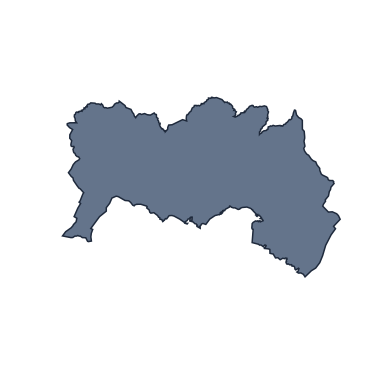 Zapayán, Magdalena, Colombia, rotated 250°
{"feature_id": "7082276B87422252526741", "entity_name": "Zapayán", "entity_type": "district", "adm_level": 2, "iso_a3": "COL", "parent_name": "Colombia", "parent_adm1": "Magdalena", "projection": "mercator", "projection_center": [-74.689, 10.137], "detail": "fine", "context": "isolated", "style": "filled", "palette": "slate", "viewbox_px": 384, "rotation_deg": 250, "n_neighbors": 0, "source": "geoboundaries", "source_scale": "gbopen_adm2", "svg_char_len": 6077}
<svg xmlns="http://www.w3.org/2000/svg" viewBox="0 0 384 384"><g transform="rotate(250 192 192)"><path d="M108.4,314.3L111.3,313.3L115.7,321.9L119.8,321.5L122.1,320.5L125.4,317.1L126.5,313.3L134.0,310.0L135.8,311.6L137.6,314.3L139.0,314.5L141.6,318.9L145.5,321.2L146.8,322.9L149.0,324.2L151.4,328.4L152.6,328.2L153.1,328.7L154.6,328.2L155.8,325.1L157.1,324.2L158.7,324.4L159.8,323.8L163.3,320.4L164.7,319.6L168.7,319.5L170.5,320.1L174.8,318.7L178.0,318.6L180.0,316.5L182.2,315.3L186.6,314.2L188.5,312.7L191.9,311.8L194.7,311.9L196.4,313.8L201.4,314.6L204.0,316.3L205.8,316.9L210.7,318.2L213.2,317.2L221.6,320.2L223.5,319.5L225.5,317.7L228.7,316.6L233.2,317.2L233.7,316.8L233.9,316.3L231.7,314.4L229.0,312.7L228.6,311.7L226.8,310.8L226.2,309.3L226.8,308.2L225.1,305.7L224.6,303.8L223.9,303.2L224.0,301.3L222.9,299.9L223.1,299.1L223.6,299.0L223.9,297.7L224.4,297.6L225.5,292.8L226.9,291.0L226.6,289.5L227.3,288.2L227.0,287.6L227.1,285.9L225.0,284.8L225.1,284.0L224.4,283.1L224.9,280.2L224.3,278.2L223.6,277.5L223.5,276.0L223.0,275.1L225.4,276.0L226.0,277.3L227.6,278.0L227.5,278.9L228.2,279.9L229.1,280.4L230.6,284.7L232.7,285.7L233.6,287.8L234.8,287.9L234.9,288.6L236.3,288.7L236.3,288.3L237.1,289.1L238.5,289.3L241.1,291.3L243.0,290.9L243.6,291.4L246.8,291.2L248.2,289.4L248.4,286.7L249.3,285.1L249.1,282.8L250.1,281.8L250.4,279.6L251.6,278.9L252.3,279.0L252.9,278.1L252.8,275.3L251.5,273.5L251.0,271.7L249.3,269.7L249.8,269.2L249.3,269.0L249.5,268.6L248.7,268.4L249.6,264.9L248.5,264.0L248.6,263.2L247.9,262.2L248.3,261.5L247.7,260.6L247.6,258.2L248.7,257.0L248.7,258.0L249.6,259.4L251.1,259.7L252.2,261.1L253.3,260.3L254.4,260.4L254.5,259.3L255.4,260.1L256.9,258.9L258.7,259.4L261.3,258.4L261.7,257.4L262.2,257.7L262.9,257.3L263.3,256.3L264.5,255.9L264.4,255.1L265.4,253.4L265.2,253.2L268.6,251.8L272.4,247.3L272.9,244.8L273.9,243.6L273.6,243.1L274.3,242.6L273.6,241.7L274.7,239.6L273.4,239.0L273.4,237.4L272.3,236.6L271.9,234.2L270.9,233.4L271.3,232.9L271.2,231.6L271.7,231.6L271.9,231.0L270.9,230.3L270.4,228.5L271.3,227.4L271.3,226.0L271.9,225.7L272.5,223.8L271.4,223.1L270.8,220.9L268.3,218.7L267.8,217.0L266.1,214.6L266.4,213.9L265.5,212.9L263.0,211.7L260.6,211.3L263.2,207.9L262.0,196.3L262.9,193.0L261.0,191.3L259.3,190.6L257.8,187.7L258.6,188.0L259.3,187.1L259.0,186.8L261.5,186.1L261.4,185.4L263.9,184.6L266.4,184.4L266.7,185.3L267.5,185.5L267.6,185.0L268.5,184.4L270.0,184.9L271.5,184.4L272.8,185.2L274.2,184.2L277.0,185.0L277.6,184.0L279.2,183.5L278.5,179.2L279.9,176.4L281.9,174.3L282.2,170.9L283.3,170.0L283.5,168.7L282.0,165.5L281.1,164.5L282.9,163.8L285.4,163.9L287.1,163.3L290.5,162.9L294.0,158.8L296.2,158.6L302.3,154.7L301.3,154.2L301.0,152.8L301.5,151.5L301.0,149.2L299.9,148.0L299.0,146.0L299.7,141.1L300.8,139.9L301.0,138.7L302.0,137.9L304.3,137.8L306.0,137.0L305.2,136.0L306.6,134.6L307.5,132.0L308.6,131.3L310.4,127.3L309.7,125.7L310.1,124.2L309.1,122.7L308.2,122.9L307.8,122.5L308.4,121.4L307.7,120.7L307.8,119.9L307.2,119.7L307.8,119.3L307.0,118.8L306.2,116.8L306.4,116.4L305.9,116.3L306.4,115.9L305.8,115.4L306.3,114.0L305.7,112.8L306.3,112.6L305.9,111.9L306.6,110.9L306.4,110.1L304.9,108.9L304.7,107.9L302.9,107.1L301.1,107.3L298.7,106.7L296.5,107.3L298.8,100.9L298.9,98.2L297.7,97.6L294.3,99.0L291.5,101.2L287.6,96.8L284.3,95.5L281.4,96.5L278.2,94.5L276.7,94.1L275.6,94.9L275.3,96.5L274.3,96.6L272.9,94.8L270.3,94.4L269.2,94.5L268.5,95.2L266.3,95.3L264.6,96.2L263.7,97.5L261.7,97.9L260.9,96.8L260.1,92.8L258.4,89.8L255.0,86.4L252.4,82.5L248.0,83.8L245.9,85.0L243.4,84.6L237.1,86.2L234.2,87.1L233.3,88.0L228.3,90.0L227.5,88.8L221.9,83.8L221.1,82.4L219.3,83.4L215.9,79.2L209.2,72.8L206.7,74.8L203.6,72.9L201.9,69.4L201.1,68.7L199.7,66.2L197.9,59.7L195.0,55.3L190.5,62.7L190.0,64.4L190.6,66.8L190.0,68.7L190.2,69.8L189.1,70.9L188.7,72.0L186.7,73.3L185.3,76.5L181.4,77.0L180.8,77.7L180.3,80.7L184.4,81.6L187.7,83.3L190.8,85.9L192.3,84.4L200.5,96.7L203.3,104.9L206.6,106.1L209.5,110.7L213.7,114.7L214.0,119.3L212.9,121.1L206.9,126.2L205.4,129.5L203.2,130.8L199.9,131.8L198.8,132.9L199.3,133.5L199.4,135.7L198.0,139.7L194.2,144.6L193.4,144.8L192.5,144.0L189.8,145.6L187.4,145.4L186.2,146.1L185.6,149.1L181.7,151.6L179.7,152.0L179.0,152.9L177.3,152.6L176.5,154.1L174.2,154.4L174.4,155.1L175.2,155.0L174.9,156.4L176.1,157.9L175.4,159.0L177.6,162.4L176.8,165.1L175.5,166.9L170.7,171.2L166.1,174.4L165.3,174.4L163.6,176.5L164.0,177.1L164.3,176.1L166.3,174.9L166.8,177.6L168.0,179.2L167.5,180.8L168.4,181.3L168.0,181.8L168.8,182.5L168.3,183.6L165.2,182.2L165.1,181.8L165.9,181.9L165.9,181.1L166.7,180.7L165.5,180.0L163.6,182.7L161.2,183.9L160.6,185.0L158.9,185.6L158.6,184.9L157.9,184.9L155.1,187.3L156.0,187.6L156.3,186.9L157.0,187.2L157.5,188.8L158.6,189.9L158.7,191.5L156.8,193.9L160.5,199.5L162.0,205.6L161.3,212.0L162.4,214.3L161.5,210.8L163.0,211.6L163.4,214.5L162.4,214.6L164.0,214.6L163.9,215.8L163.3,216.3L164.4,217.7L165.0,221.9L165.9,222.5L165.4,223.3L164.3,223.7L162.9,225.5L162.4,227.0L159.8,229.4L159.6,231.1L160.1,231.6L160.3,233.7L159.1,238.4L156.8,241.2L155.7,242.1L155.1,242.1L154.6,242.9L153.8,242.8L148.8,245.0L148.7,244.1L147.3,244.4L146.8,244.8L147.2,245.5L147.5,245.1L148.0,245.5L148.3,245.0L148.4,246.0L147.7,245.8L147.5,246.3L147.2,245.6L147.3,246.5L146.0,247.8L144.0,248.4L143.7,247.1L142.3,248.8L140.7,249.0L140.6,246.5L141.0,246.8L141.6,246.0L141.4,245.0L142.0,245.0L141.6,244.1L142.5,243.6L142.5,242.5L143.1,241.7L142.5,239.0L141.7,237.7L137.7,235.9L136.4,236.0L136.0,236.7L123.9,231.2L120.1,236.7L119.0,237.3L118.6,238.7L116.3,240.2L117.3,242.2L116.8,243.1L116.1,243.3L115.1,242.1L114.9,240.9L114.2,240.7L112.4,244.4L111.4,245.5L107.7,244.3L105.9,247.1L101.5,247.9L100.9,250.2L98.2,251.7L98.7,254.7L97.7,256.0L98.0,257.1L97.3,258.5L96.3,258.3L96.1,257.4L94.4,257.1L94.1,256.3L92.3,256.3L91.6,256.7L91.6,257.7L89.9,259.2L89.9,260.3L89.4,260.8L88.2,260.6L87.4,262.4L86.4,262.7L84.1,262.4L83.3,262.9L84.0,266.0L83.5,266.3L81.3,264.7L80.9,263.2L79.4,264.3L78.7,266.6L76.6,268.5L73.6,269.2L77.2,277.3L78.2,282.2L81.9,287.9L87.4,292.9L96.2,299.4L104.2,308.1L108.4,314.3Z" fill="#64748b" stroke="#1e293b" stroke-width="1.5"/></g></svg>